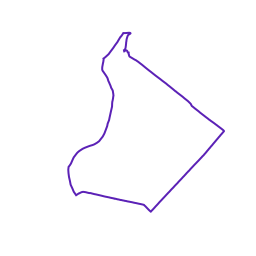 Chau Phu, An Giang, Vietnam (Albers equal-area conic projection), rotated 238°
{"feature_id": "81297802B67223328663780", "entity_name": "Chau Phu", "entity_type": "district", "adm_level": 2, "iso_a3": "VNM", "parent_name": "Vietnam", "parent_adm1": "An Giang", "projection": "albers", "projection_center": [105.199, 10.569], "detail": "fine", "context": "isolated", "style": "outline", "palette": "violet", "viewbox_px": 256, "rotation_deg": 238, "n_neighbors": 0, "source": "geoboundaries", "source_scale": "gbopen_adm2", "svg_char_len": 5592}
<svg xmlns="http://www.w3.org/2000/svg" viewBox="0 0 256 256"><g transform="rotate(238 128 128)"><path d="M45.0,103.0L45.4,104.5L45.7,105.8L46.3,108.0L46.5,108.7L46.8,109.6L47.2,111.2L47.8,113.4L48.4,115.3L49.1,118.1L49.9,121.0L50.0,121.5L50.4,122.9L50.6,123.7L51.0,125.1L51.3,126.2L51.3,126.4L51.7,127.7L51.9,128.7L52.1,129.5L52.9,132.2L53.4,134.4L53.7,135.5L54.1,136.8L54.4,138.0L54.8,139.6L55.0,140.6L55.5,142.1L55.8,143.2L56.1,144.4L56.3,145.2L56.4,145.6L56.9,147.5L57.2,148.4L57.3,148.9L57.6,150.2L57.8,150.8L57.9,151.2L58.2,152.4L58.3,152.5L58.4,153.0L58.7,153.9L58.9,154.9L59.3,156.2L59.4,157.0L59.5,157.4L60.1,159.2L60.3,160.0L61.0,162.7L61.5,164.5L62.4,168.2L62.5,168.5L62.8,169.8L63.1,171.0L63.4,172.0L63.7,173.2L64.0,174.2L64.1,174.9L64.3,175.3L64.6,176.4L64.6,176.5L64.8,177.6L65.2,178.7L65.3,179.0L65.4,179.4L65.5,179.7L65.5,179.8L65.6,180.1L65.8,180.8L66.0,181.3L66.2,181.9L66.2,182.1L66.5,182.7L66.6,183.1L66.7,183.4L66.9,184.1L67.1,184.6L67.1,184.8L67.4,185.5L67.6,186.0L67.6,186.4L67.7,186.7L67.8,186.9L67.9,187.2L68.1,187.8L68.3,188.3L68.5,188.9L68.6,189.5L68.8,190.1L69.4,191.8L69.6,192.4L69.7,192.8L69.9,193.3L70.1,194.1L70.4,194.9L70.5,195.2L70.6,195.6L70.7,196.0L70.9,196.4L71.1,197.1L71.2,197.4L71.4,198.1L71.6,198.7L71.7,199.0L72.3,200.8L72.4,201.3L72.6,201.9L72.9,202.6L73.1,203.4L73.3,204.1L73.8,205.7L74.2,207.0L74.4,207.6L74.5,207.7L74.8,207.8L75.7,207.6L76.1,207.5L76.9,207.2L78.3,206.7L78.8,206.5L79.6,206.2L80.9,205.7L82.7,205.0L83.1,204.9L83.6,204.7L84.3,204.4L84.7,204.2L85.4,204.0L85.9,203.8L86.9,203.4L89.3,202.4L90.2,202.0L91.6,201.5L91.9,201.3L94.0,200.6L95.5,200.0L96.3,199.7L98.5,198.9L100.6,198.1L101.5,197.8L102.2,197.5L103.1,197.2L104.8,196.7L109.1,195.1L111.5,194.3L112.8,193.8L113.3,193.8L113.5,193.8L113.9,193.9L114.0,193.9L114.3,193.9L114.6,193.9L115.1,194.0L116.1,193.8L119.0,193.1L121.0,192.4L123.2,191.6L125.2,191.0L126.6,190.5L130.3,189.1L131.9,188.5L133.8,187.9L134.0,187.7L134.4,187.6L135.0,187.4L135.9,187.1L136.6,186.9L139.2,186.0L140.7,185.5L142.1,185.0L143.1,184.6L145.4,183.9L147.7,183.0L150.0,182.1L152.3,181.3L154.6,180.4L157.7,179.2L160.2,178.3L163.9,177.0L164.9,176.6L167.4,175.7L169.7,174.9L172.1,174.1L174.5,173.3L176.3,172.6L178.8,171.7L179.9,171.2L180.9,170.8L181.5,170.5L182.6,169.8L183.0,169.6L184.0,169.1L184.8,168.7L187.7,167.2L188.3,167.2L188.7,167.3L189.2,167.4L189.5,167.6L189.9,167.7L190.3,167.8L190.6,167.8L190.8,168.0L191.1,168.1L191.4,168.4L191.6,168.5L191.8,168.2L192.0,168.0L192.3,167.9L192.5,167.9L192.8,168.0L193.3,168.1L193.6,168.1L193.9,168.1L194.2,168.0L194.5,167.9L194.7,167.7L195.1,167.4L195.2,167.2L195.4,167.0L195.5,166.9L195.5,166.7L195.4,166.3L195.3,166.2L195.2,166.1L195.0,165.9L194.9,165.8L194.9,165.7L195.0,165.4L195.3,165.5L195.7,165.7L196.1,165.8L196.1,166.2L196.2,166.7L196.3,167.1L196.5,167.4L196.7,167.7L197.0,168.1L197.6,168.7L198.1,169.1L198.5,169.4L198.9,169.8L199.6,170.3L200.1,170.7L200.7,171.2L201.3,171.6L201.8,172.0L202.3,172.5L202.7,172.8L203.2,173.2L203.6,173.5L203.9,173.8L204.4,174.3L204.7,174.6L205.0,175.0L205.4,175.4L206.1,176.3L206.3,176.5L206.5,176.9L206.7,177.3L206.8,177.7L206.8,178.0L206.8,178.6L206.8,179.6L206.8,179.9L206.9,180.2L207.0,180.3L207.3,180.3L207.5,180.2L207.9,179.8L208.1,179.4L208.5,178.8L208.8,178.2L209.1,177.6L209.4,177.0L209.7,176.4L210.0,175.9L210.2,175.5L210.5,175.1L211.0,174.3L210.8,174.0L210.6,173.7L210.4,173.1L210.1,172.5L209.6,171.3L209.3,170.3L209.2,170.2L209.2,169.8L208.7,168.8L207.8,167.0L206.8,165.1L206.5,164.6L206.0,163.3L205.3,161.5L204.8,160.3L203.8,158.1L202.9,155.8L202.3,154.2L201.7,152.7L201.3,151.7L201.1,151.3L200.9,150.7L200.7,149.7L200.3,147.5L200.1,146.4L199.9,144.8L199.9,144.0L199.5,143.9L198.8,143.5L198.4,143.1L197.3,142.2L196.1,141.0L195.1,140.1L193.7,138.8L193.1,138.3L191.9,137.5L191.6,137.3L191.0,137.0L190.6,136.9L190.2,136.9L189.8,136.8L189.4,136.8L188.8,136.9L186.6,137.0L184.6,137.1L184.1,137.1L182.7,137.1L181.8,137.1L181.2,137.0L180.8,137.0L180.3,136.8L179.5,136.6L178.4,136.3L177.7,136.2L176.4,136.1L176.1,136.0L174.8,135.8L173.3,135.6L172.0,135.3L171.2,135.1L170.4,135.0L169.7,135.0L168.9,135.0L168.4,134.9L167.9,134.9L167.1,134.6L165.5,133.9L164.7,133.6L163.8,133.1L163.4,133.0L163.1,132.7L162.8,132.5L162.3,132.0L161.8,131.6L161.4,131.3L160.8,130.8L160.2,130.2L159.2,129.3L158.7,128.7L157.4,127.7L154.6,125.8L151.1,122.3L146.7,118.0L144.7,116.1L142.5,113.1L140.6,111.3L138.3,108.3L135.8,105.0L134.1,102.0L133.0,98.9L132.1,96.5L131.9,93.7L132.0,90.8L132.3,89.0L133.0,86.5L133.4,84.7L134.1,81.0L134.4,78.5L134.3,74.4L134.0,72.4L133.7,71.3L133.0,69.4L132.6,68.4L131.9,66.5L130.7,64.6L129.4,62.7L128.1,60.8L127.2,58.9L126.5,57.0L124.2,55.2L121.2,53.6L117.7,52.0L113.9,50.7L110.3,49.3L106.2,48.8L102.6,48.2L100.9,48.3L98.5,48.4L98.6,51.7L98.4,52.0L98.4,52.7L98.2,54.6L97.7,56.0L97.5,56.3L95.9,58.2L94.6,59.4L93.3,60.7L93.1,61.1L92.5,61.9L91.7,62.6L89.8,64.4L88.6,65.7L86.4,67.9L84.9,69.4L82.8,71.4L81.8,72.4L80.6,73.7L80.3,74.0L80.1,74.2L78.8,75.6L78.6,75.7L78.3,76.0L77.8,76.6L77.6,76.7L76.8,77.6L76.6,77.8L76.3,78.2L76.0,78.3L75.6,78.8L75.4,79.1L75.0,79.3L75.0,79.5L74.8,79.6L74.3,80.2L73.8,80.7L73.4,81.0L73.0,81.5L72.8,81.6L72.6,81.9L72.5,82.0L71.8,82.7L71.6,82.9L71.0,83.4L70.7,83.9L70.3,84.3L70.0,84.6L69.6,85.0L69.2,85.4L68.5,86.2L68.1,86.5L67.0,87.8L66.4,88.3L65.3,89.5L64.6,90.3L64.1,90.8L62.9,92.1L62.1,92.9L61.9,93.0L61.7,93.3L60.9,94.1L60.6,94.4L60.2,94.9L59.6,95.5L59.4,95.7L58.7,96.4L58.0,97.1L56.8,98.4L56.3,98.9L55.9,99.3L55.3,99.9L54.8,100.4L54.3,100.8L54.2,100.8L53.5,100.9L53.3,101.0L52.7,101.2L49.3,101.9L47.4,102.3L45.2,102.9L45.0,103.0Z" fill="none" stroke="#5b21b6" stroke-width="2"/></g></svg>